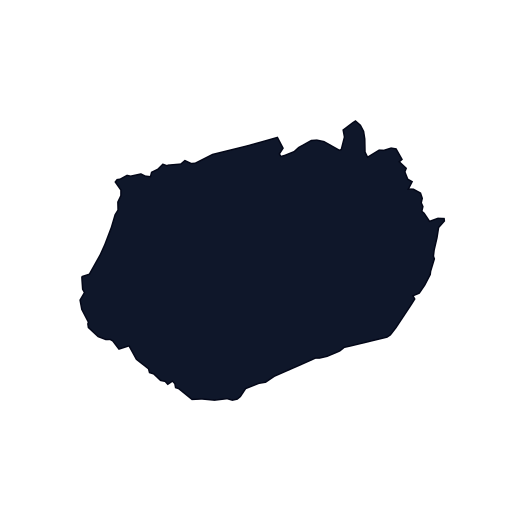 Corozal, Puerto Rico (orthographic projection), rotated 59°
{"feature_id": "32010507B24763897648420", "entity_name": "Corozal", "entity_type": "district", "adm_level": 2, "iso_a3": "PRI", "parent_name": "Puerto Rico", "parent_adm1": "", "projection": "orthographic", "projection_center": [-66.332, 18.304], "detail": "fine", "context": "isolated", "style": "filled", "palette": "ink", "viewbox_px": 512, "rotation_deg": 59, "n_neighbors": 0, "source": "geoboundaries", "source_scale": "gbopen_adm2", "svg_char_len": 1774}
<svg xmlns="http://www.w3.org/2000/svg" viewBox="0 0 512 512"><g transform="rotate(59 256 256)"><path d="M286.8,82.6L279.8,86.7L277.1,91.0L272.7,83.9L268.3,86.4L260.5,85.1L258.2,82.1L249.0,84.7L248.4,81.1L236.3,80.8L235.4,81.9L233.1,84.6L231.3,92.0L228.7,95.9L228.8,109.5L223.0,109.0L211.7,102.5L204.6,99.6L197.7,99.2L191.5,101.2L191.6,104.1L192.9,116.4L199.6,118.9L208.7,128.1L208.3,130.1L192.9,138.9L188.0,144.2L185.5,149.1L185.0,163.5L186.2,169.5L184.6,179.5L183.5,183.5L180.5,183.4L177.5,177.3L165.4,176.6L164.5,179.9L161.2,192.1L156.7,208.2L146.6,240.9L145.2,260.3L143.4,263.9L137.6,267.8L138.5,273.1L132.9,284.5L132.8,285.8L129.4,288.6L131.1,295.4L130.5,302.4L133.7,305.6L130.5,309.8L126.4,312.4L123.0,322.4L120.5,325.0L120.2,332.9L119.0,335.7L120.1,338.5L129.9,337.8L134.7,340.7L138.6,346.6L145.6,350.6L148.1,355.5L157.0,365.2L168.4,379.7L174.7,388.8L185.8,408.2L184.1,415.4L184.4,416.1L186.6,417.3L195.2,421.7L199.0,421.8L203.2,429.5L212.0,432.8L226.4,433.7L227.6,435.1L231.0,436.5L243.8,432.8L250.3,427.7L252.4,424.0L255.0,422.5L265.2,421.4L267.6,411.1L283.0,411.7L297.3,406.2L301.1,407.3L304.4,404.4L313.5,401.9L316.7,398.4L320.5,397.7L320.2,392.0L323.6,391.3L327.4,392.7L329.8,390.6L346.0,384.7L350.6,376.1L358.2,365.8L363.4,354.2L367.4,350.5L369.0,345.8L368.4,341.8L364.3,333.2L366.6,319.1L369.1,312.8L368.5,302.2L372.5,270.9L374.1,257.6L376.2,254.1L378.6,246.7L380.5,233.1L380.0,229.3L379.7,227.5L381.8,221.2L393.0,185.5L392.8,181.5L389.5,173.0L377.3,147.4L374.6,142.1L370.9,142.0L371.9,135.2L367.8,126.3L361.6,116.2L359.0,114.2L350.3,104.6L347.5,104.0L342.7,100.3L333.7,91.6L325.6,84.8L323.0,76.5L320.8,75.5L317.4,80.7L315.7,89.4L305.9,89.9L303.1,90.9L299.6,87.5L295.5,87.0L292.2,83.8L286.8,82.6Z" fill="#0f172a" stroke="#020617" stroke-width="1.5"/></g></svg>